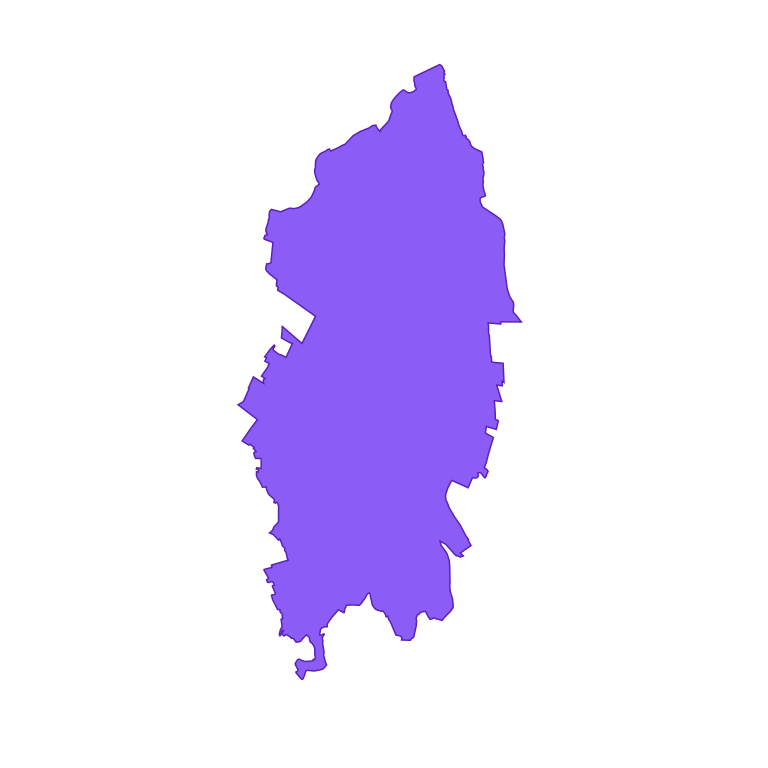 the district of Pasareni, Mures, Romania, rotated 223°
{"feature_id": "2599482B7077301459992", "entity_name": "Pasareni", "entity_type": "district", "adm_level": 2, "iso_a3": "ROU", "parent_name": "Romania", "parent_adm1": "Mures", "projection": "robinson", "projection_center": [24.7, 46.483], "detail": "fine", "context": "isolated", "style": "filled", "palette": "violet", "viewbox_px": 768, "rotation_deg": 223, "n_neighbors": 0, "source": "geoboundaries", "source_scale": "gbopen_adm2", "svg_char_len": 6171}
<svg xmlns="http://www.w3.org/2000/svg" viewBox="0 0 768 768"><g transform="rotate(223 384 384)"><path d="M571.5,629.2L568.8,626.1L566.6,624.8L564.6,623.0L561.3,621.7L561.8,618.0L564.0,614.1L566.2,613.1L570.0,612.6L570.7,611.9L571.2,608.3L571.4,602.8L571.0,597.8L570.3,594.5L568.3,591.3L567.0,590.4L563.9,589.2L562.5,585.2L560.3,580.4L559.9,578.7L559.9,571.6L560.1,570.9L559.7,569.2L560.0,567.9L558.8,566.4L559.1,565.9L563.2,566.4L565.7,567.2L566.5,567.8L568.7,565.0L569.4,561.4L573.4,552.9L575.9,544.8L576.0,532.7L577.0,530.7L579.4,523.7L582.0,517.9L584.3,518.6L585.0,517.3L585.6,514.3L587.3,510.3L587.7,508.2L587.3,504.3L586.6,501.3L583.2,496.9L581.6,495.4L580.8,493.3L578.2,490.9L572.4,487.4L567.8,486.3L567.7,485.9L568.4,480.9L566.8,477.9L564.6,471.1L564.5,465.1L564.8,463.1L566.2,456.3L567.3,453.9L569.5,450.7L571.9,449.2L573.4,447.5L577.0,439.5L585.4,434.9L585.5,433.1L584.8,431.2L583.1,429.0L581.3,427.4L580.7,425.6L579.0,423.2L576.1,416.9L574.6,415.2L571.2,413.7L571.8,413.3L572.3,411.1L571.6,410.4L571.5,408.9L570.2,408.3L561.8,411.8L549.4,395.5L550.1,393.8L551.8,391.7L548.9,387.4L546.7,386.6L541.9,386.5L533.4,387.2L529.9,382.6L529.3,382.3L527.4,382.7L525.6,380.0L518.9,381.6L480.3,386.8L471.6,357.7L497.6,356.7L497.5,356.1L496.9,356.1L490.4,347.7L480.9,350.0L478.7,351.2L473.8,336.7L479.5,335.0L481.3,333.9L487.9,333.3L488.6,333.5L489.4,334.7L489.3,336.6L489.6,337.2L490.9,337.5L490.9,331.5L489.8,322.4L487.9,323.3L486.7,319.4L482.0,320.7L480.5,316.8L479.0,306.2L474.8,306.9L475.2,305.6L475.0,304.9L474.4,304.0L472.3,302.4L484.4,300.1L480.4,288.5L479.5,288.6L474.8,275.3L476.6,269.3L452.3,271.6L451.2,260.9L448.9,245.6L441.1,247.1L440.9,248.6L435.7,249.0L435.6,247.7L431.4,247.4L432.3,245.7L432.1,244.6L429.2,242.8L427.2,242.0L423.0,245.7L416.2,238.4L420.0,236.0L419.4,234.7L417.7,235.9L415.9,233.8L417.4,232.8L414.6,229.8L412.5,228.9L406.4,227.3L402.6,225.6L399.7,228.4L398.1,226.8L394.1,225.0L391.9,224.6L386.0,224.9L384.7,224.0L384.0,222.5L383.3,222.3L382.2,222.8L382.1,224.1L381.6,224.5L378.3,223.3L367.1,211.2L367.0,204.0L366.1,202.2L365.7,200.6L366.2,197.0L362.1,198.4L354.8,197.9L354.4,198.1L354.7,199.4L354.2,199.7L347.5,196.2L345.4,196.4L344.4,196.0L343.1,194.5L340.4,193.8L336.0,190.6L333.9,189.9L342.7,175.1L342.6,174.5L341.2,173.9L341.0,173.3L345.2,166.6L344.8,166.0L336.3,163.4L335.9,162.9L336.3,161.0L336.2,160.5L334.0,159.6L333.4,159.7L331.1,163.1L330.2,163.4L327.4,162.4L327.1,161.9L328.1,160.5L327.7,159.9L320.6,156.8L320.4,156.2L320.7,155.3L322.3,152.8L318.4,150.3L308.0,146.5L306.4,147.8L305.8,147.8L305.3,147.0L304.0,146.3L301.1,146.2L299.7,144.3L298.2,143.8L298.2,142.8L298.9,141.8L292.9,137.0L292.3,133.9L290.3,130.1L288.9,128.8L288.4,128.8L288.2,129.4L289.9,133.5L290.1,134.6L289.8,135.2L289.1,134.9L288.9,132.7L288.4,132.1L287.3,131.5L286.2,131.5L285.2,131.6L284.8,133.7L284.0,134.3L280.3,135.1L279.7,134.8L277.9,135.0L277.6,135.8L276.7,136.1L272.2,135.2L269.9,138.1L269.5,139.5L269.8,143.2L269.6,147.6L266.8,147.8L265.3,147.5L263.8,145.9L261.9,145.0L259.8,145.3L256.1,144.4L254.0,143.1L250.5,139.3L247.2,136.6L246.8,134.9L247.8,134.7L247.7,132.4L252.3,127.4L255.3,125.9L258.1,125.0L258.9,124.3L259.2,123.6L258.3,119.0L257.4,118.3L251.8,116.3L251.3,115.5L252.0,113.2L251.1,112.8L244.1,111.9L242.8,112.0L242.1,112.5L243.3,116.5L244.8,119.2L245.4,121.4L244.9,122.2L239.1,126.7L234.9,132.6L234.1,134.8L234.4,139.5L236.9,140.5L243.6,144.8L244.7,146.8L252.3,152.7L253.2,154.3L255.5,155.7L256.3,156.9L256.8,159.9L257.5,160.3L259.0,157.1L259.7,156.6L260.5,157.3L263.2,161.6L263.3,162.6L261.9,165.9L260.0,167.7L261.9,170.0L262.4,173.0L263.0,177.8L263.3,187.9L257.5,189.3L257.2,189.8L259.1,192.4L260.5,196.7L256.5,200.8L251.6,204.9L251.0,205.7L250.9,207.4L251.9,215.4L252.8,217.8L252.9,219.3L252.3,221.1L251.3,221.0L241.9,214.5L238.6,213.6L235.6,213.7L231.0,216.0L229.8,217.3L226.0,216.6L224.1,215.3L223.1,215.6L222.9,216.8L219.6,214.9L216.6,214.2L204.0,208.5L200.0,211.0L198.0,210.6L196.6,208.7L190.0,214.5L189.9,214.9L190.4,216.2L189.7,218.1L189.8,219.5L195.6,229.3L198.9,233.2L200.9,234.7L201.8,237.4L201.9,238.2L201.3,239.5L201.7,240.8L200.7,243.4L198.9,245.7L198.4,245.9L193.4,244.1L189.8,243.3L188.4,245.4L188.1,246.9L187.5,247.5L185.7,247.6L184.7,248.5L180.6,250.5L180.3,251.1L180.6,253.5L180.4,263.5L180.8,266.6L181.2,267.9L181.9,268.8L187.4,273.6L194.3,277.6L198.1,281.1L200.1,283.6L211.8,295.7L215.8,299.3L221.4,302.5L223.2,303.2L232.3,305.0L235.9,307.3L229.4,308.9L215.7,307.6L213.9,307.7L213.7,308.4L210.1,309.4L210.2,310.3L209.2,311.2L208.7,312.4L212.9,312.4L210.2,325.2L216.2,327.3L216.1,327.9L220.7,328.8L232.2,332.9L241.0,334.7L252.9,338.2L254.4,339.3L259.9,341.6L262.2,343.6L263.8,345.7L266.7,352.2L268.7,359.7L251.7,365.5L255.4,375.7L252.5,378.0L252.0,379.1L252.1,380.6L252.4,381.4L254.7,382.8L254.8,383.2L253.9,384.1L252.5,384.9L251.0,384.9L249.2,384.3L246.2,384.2L246.3,386.2L247.2,387.5L248.2,391.0L249.9,391.6L253.6,391.3L255.9,396.9L259.7,403.7L267.5,419.4L276.4,417.3L280.2,422.7L270.9,427.4L275.3,435.1L278.4,434.1L284.6,440.3L292.0,447.1L285.9,451.5L300.8,460.1L296.2,463.4L299.5,466.7L297.3,467.0L311.0,480.4L320.1,473.4L324.2,477.3L324.6,477.0L326.5,478.4L340.1,491.4L342.0,492.3L346.7,497.3L349.5,499.7L339.5,507.5L341.1,509.0L325.9,523.0L334.2,524.4L338.1,524.6L339.7,525.8L342.5,529.7L345.1,532.0L351.3,533.5L358.6,537.5L377.7,553.2L384.2,560.8L388.8,565.3L393.3,571.1L396.1,573.3L398.1,576.3L406.4,582.1L409.2,583.4L411.2,583.8L416.7,583.3L432.2,580.7L433.7,581.0L437.2,582.5L439.1,584.0L440.0,585.0L440.2,586.0L439.9,587.4L438.2,590.0L438.5,591.3L442.9,593.6L447.0,596.6L449.3,599.7L451.7,601.6L454.2,605.9L456.2,607.7L457.1,608.0L460.0,610.8L461.3,611.1L462.3,614.1L463.8,614.9L465.6,616.7L470.8,620.4L478.4,617.9L482.2,617.6L484.7,618.5L485.8,619.5L489.0,620.2L491.5,619.9L492.2,620.2L492.5,621.0L494.1,621.4L494.3,620.7L495.8,619.6L496.8,619.9L499.2,621.6L504.9,623.9L509.4,626.6L521.3,632.7L523.3,634.3L525.5,635.3L526.7,636.4L530.6,638.7L535.4,640.4L537.3,642.4L539.2,642.5L544.6,646.7L545.4,647.1L546.2,646.6L547.1,646.6L547.9,647.2L548.3,648.3L550.3,650.4L550.8,651.3L550.7,652.2L552.2,652.2L552.9,654.0L558.8,656.1L561.2,655.5L571.5,629.2Z" fill="#8b5cf6" stroke="#5b21b6" stroke-width="1.5"/></g></svg>